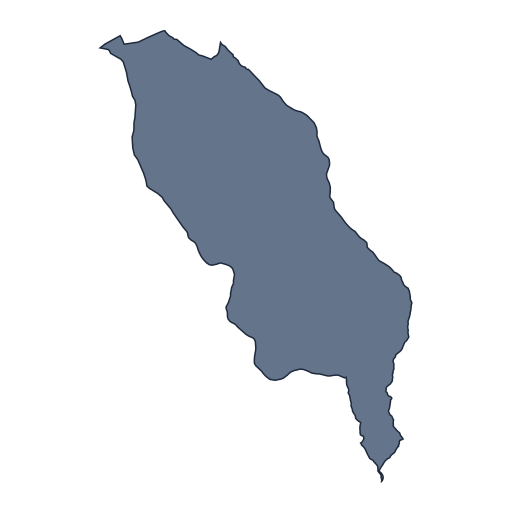 the district of Eftimie Murgu, Caras-Severin, Romania
{"feature_id": "2599482B78671432327822", "entity_name": "Eftimie Murgu", "entity_type": "district", "adm_level": 2, "iso_a3": "ROU", "parent_name": "Romania", "parent_adm1": "Caras-Severin", "projection": "albers", "projection_center": [22.178, 44.83], "detail": "fine", "context": "isolated", "style": "filled", "palette": "slate", "viewbox_px": 512, "rotation_deg": 0, "n_neighbors": 0, "source": "geoboundaries", "source_scale": "gbopen_adm2", "svg_char_len": 6062}
<svg xmlns="http://www.w3.org/2000/svg" viewBox="0 0 512 512"><path d="M214.1,56.7L211.2,59.3L202.8,56.0L198.6,54.9L196.1,52.6L190.1,48.9L183.9,45.5L176.8,39.4L174.3,39.3L173.1,38.0L168.7,35.4L165.6,32.0L164.8,30.7L162.2,31.2L157.5,33.2L147.8,37.5L138.3,42.1L124.1,44.2L121.9,38.8L120.2,35.7L105.1,44.0L100.1,47.9L107.7,49.4L109.1,50.2L110.7,53.4L121.1,59.4L123.3,62.0L126.4,72.1L128.0,80.9L129.3,84.7L130.5,88.5L131.6,92.4L132.5,96.3L134.9,100.2L135.8,104.8L134.9,117.8L134.0,122.5L133.9,130.4L132.1,137.0L132.8,148.0L134.4,155.0L137.7,159.5L143.7,173.4L146.0,180.6L146.9,186.0L149.3,188.3L157.5,193.3L162.1,197.2L164.1,200.7L171.2,209.3L173.2,212.9L182.9,226.9L186.6,231.3L187.6,233.1L187.7,234.3L188.0,235.6L188.3,236.8L188.8,237.9L191.4,240.3L192.6,240.9L193.8,241.7L194.8,242.5L195.7,243.5L197.0,246.0L197.7,248.4L198.5,250.8L199.5,253.1L200.6,255.4L201.8,257.3L203.1,259.1L204.5,260.7L206.0,262.3L206.9,263.1L209.2,264.6L211.9,265.2L216.3,264.3L220.5,262.9L226.5,264.6L230.0,266.1L232.1,268.0L233.1,269.8L234.5,274.5L233.4,280.9L233.5,283.3L231.7,287.3L230.5,293.6L230.6,295.9L228.4,302.5L226.0,307.2L226.2,308.3L226.4,309.4L226.8,310.5L227.3,311.6L227.5,316.9L228.2,319.2L230.3,321.7L235.4,324.4L238.0,327.3L245.7,334.1L247.3,335.2L249.0,336.2L250.8,337.0L252.7,337.7L254.4,339.3L255.2,341.3L255.3,341.6L255.6,344.8L255.8,348.0L255.7,349.9L254.6,356.2L254.5,357.2L254.3,360.3L254.4,363.3L255.9,365.8L261.6,371.2L263.0,373.2L263.8,374.1L265.7,376.1L266.8,377.1L269.9,379.4L275.1,380.3L280.9,379.1L283.5,378.1L287.0,375.4L290.3,372.3L294.0,370.6L296.9,370.0L299.8,369.1L303.3,369.4L307.6,371.0L311.9,373.1L316.2,373.8L319.7,374.0L327.4,375.9L329.8,376.0L331.9,375.6L334.0,375.3L336.2,375.1L338.4,375.2L344.6,377.9L346.0,377.2L346.2,378.1L346.5,379.0L346.4,381.3L346.6,381.9L346.5,382.5L346.6,383.9L346.8,385.0L347.9,387.6L348.3,388.4L348.5,389.3L348.8,390.0L348.8,390.6L348.6,391.4L348.2,392.2L348.3,393.2L349.5,395.3L349.8,396.8L350.4,399.7L350.3,400.1L350.5,400.4L351.2,402.8L351.1,404.5L351.1,406.1L351.6,407.4L352.4,409.5L352.5,411.1L353.3,412.6L355.3,415.7L355.6,418.2L357.3,420.2L358.8,421.3L360.7,422.5L359.9,426.9L359.9,429.2L360.1,431.3L360.0,432.7L360.4,434.3L360.4,434.8L361.7,435.6L363.5,436.4L363.8,438.5L363.6,439.3L363.0,440.6L362.0,442.1L360.6,443.1L361.2,443.9L361.9,445.4L363.0,446.3L364.5,448.0L365.5,449.8L367.0,453.2L369.6,458.2L370.5,459.0L371.5,459.6L372.8,460.1L373.2,460.4L373.5,461.3L374.2,462.1L376.8,464.9L377.6,466.3L377.9,467.9L378.0,470.9L378.1,471.4L379.1,472.6L379.8,473.6L380.6,474.3L381.0,475.2L381.2,475.9L381.0,476.9L381.2,477.9L381.6,479.0L381.7,480.0L381.6,481.3L382.2,480.7L382.8,479.4L383.1,478.3L383.1,477.0L382.8,475.5L381.7,473.7L381.3,473.1L380.3,472.3L379.2,471.0L379.2,470.7L379.7,469.6L380.8,467.6L383.0,464.3L384.3,462.0L385.3,460.8L387.4,458.9L388.0,458.5L389.1,458.1L389.7,457.7L390.7,455.8L391.3,455.1L391.8,454.6L393.7,453.2L394.9,452.0L395.8,450.0L396.8,448.3L397.6,447.1L398.6,446.4L398.6,446.1L398.2,445.5L398.4,445.2L399.0,444.6L399.0,444.1L399.3,443.2L399.4,441.3L399.6,440.7L399.8,440.5L400.4,440.4L401.0,439.8L402.1,439.6L402.8,439.3L403.1,439.0L401.2,436.2L400.5,435.5L399.8,433.3L399.5,432.8L397.4,431.0L393.2,426.2L393.3,425.9L393.4,425.3L393.2,422.1L393.2,421.4L393.5,420.5L393.6,419.9L393.2,419.3L392.4,417.7L392.0,416.6L391.8,416.2L390.9,415.4L389.8,414.6L389.3,413.1L388.6,411.8L388.5,411.2L388.6,410.5L389.3,408.7L389.7,406.9L390.1,404.4L390.1,403.6L390.5,402.0L390.5,400.9L390.5,400.4L390.8,399.6L391.6,398.8L391.8,398.5L391.8,398.3L391.6,397.7L391.1,397.1L390.3,396.6L388.7,396.0L388.2,395.6L388.0,395.4L387.0,392.5L386.7,392.2L386.0,391.7L385.8,391.5L385.7,391.2L385.8,390.7L386.2,389.7L386.2,389.3L386.2,388.2L386.4,387.3L386.9,386.7L387.3,386.3L390.4,383.9L390.9,383.1L392.2,381.2L392.3,380.7L392.4,379.5L392.7,377.4L392.7,376.6L392.4,375.0L392.4,374.4L393.0,373.0L393.1,371.3L393.3,370.5L393.7,369.6L393.9,368.6L393.8,366.1L393.9,364.1L393.7,363.4L393.2,362.2L393.1,361.3L393.0,360.9L393.1,360.4L393.6,359.0L394.6,357.9L395.3,357.0L395.5,356.5L395.6,355.4L395.8,354.9L396.5,354.2L400.0,351.4L401.4,350.0L402.1,348.8L403.0,346.3L404.7,342.4L405.2,341.8L406.2,341.0L407.0,340.1L407.8,338.6L408.8,337.1L408.1,333.7L408.0,332.6L408.0,331.5L408.3,330.0L408.0,329.5L407.8,328.3L407.7,326.1L407.9,325.5L408.2,324.1L408.1,322.8L408.0,321.5L408.0,321.2L408.7,319.2L408.8,318.6L409.5,317.0L409.6,315.8L410.2,314.0L410.2,312.6L410.8,310.3L410.9,309.0L411.2,306.4L411.2,305.3L411.9,303.0L411.8,302.6L410.6,300.1L410.3,299.3L410.3,297.1L410.1,295.3L409.6,292.9L409.4,291.7L409.1,290.6L408.5,289.4L408.1,288.2L406.9,287.6L405.9,286.8L404.9,286.0L403.9,285.0L402.9,282.6L401.7,280.2L400.9,276.9L400.2,276.0L398.8,274.7L397.3,273.6L395.7,272.7L394.0,272.1L392.7,270.4L391.3,268.8L389.8,267.3L388.1,266.0L383.7,263.2L379.1,260.7L377.5,258.8L375.2,255.3L372.6,251.9L371.1,250.9L369.7,249.8L368.4,248.5L367.1,247.2L367.2,246.0L367.1,244.9L366.9,243.7L366.7,242.6L363.8,239.9L361.9,238.9L360.2,237.6L358.7,236.1L355.0,231.4L353.2,230.3L351.5,229.1L350.0,227.8L348.4,226.2L346.5,224.1L344.7,221.9L343.1,219.7L341.5,217.3L335.5,210.4L335.0,209.7L334.5,208.6L334.2,207.5L333.5,202.2L330.0,197.7L329.8,195.6L330.1,193.5L330.2,191.4L330.3,189.2L330.3,187.1L329.1,182.6L327.2,178.7L326.6,176.2L326.5,173.9L329.5,165.3L329.6,163.8L329.5,162.2L329.3,160.7L329.0,159.2L327.9,157.3L324.2,154.4L323.5,153.8L322.6,152.5L321.9,151.2L320.9,148.6L318.8,140.6L317.7,138.3L316.9,135.9L317.1,131.8L316.3,127.5L314.1,122.8L307.0,115.5L306.2,114.9L303.5,113.2L300.6,111.7L298.8,111.4L297.0,110.9L295.2,110.3L293.5,109.5L286.9,105.5L285.1,103.6L283.4,101.6L281.9,99.4L280.5,97.2L278.4,95.2L268.7,90.3L265.0,88.0L259.1,80.5L254.3,75.6L248.5,69.4L247.6,69.4L247.1,69.3L246.0,68.6L245.5,67.4L244.9,67.1L243.2,66.7L241.1,65.6L240.1,64.4L239.3,63.7L239.0,62.6L238.4,61.8L238.4,61.1L238.1,60.6L236.7,59.4L235.6,58.2L234.0,57.4L233.1,56.1L233.1,54.8L230.0,52.0L228.0,50.1L225.1,46.4L222.1,44.6L220.5,42.4L219.0,51.6L218.1,53.7L217.3,54.7L216.4,55.6L215.3,56.2L214.1,56.7Z" fill="#64748b" stroke="#1e293b" stroke-width="1.5"/></svg>